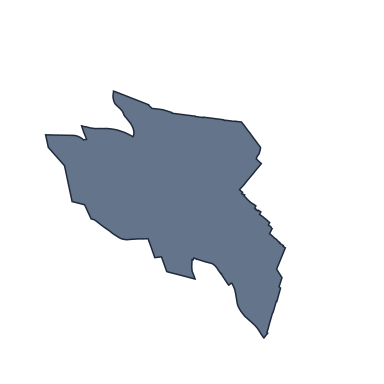 the district of Gouda, Zuid-Holland, Netherlands, rotated 40°
{"feature_id": "6326949B14111890142812", "entity_name": "Gouda", "entity_type": "district", "adm_level": 2, "iso_a3": "NLD", "parent_name": "Netherlands", "parent_adm1": "Zuid-Holland", "projection": "natural_earth1", "projection_center": [4.712, 52.018], "detail": "fine", "context": "isolated", "style": "filled", "palette": "slate", "viewbox_px": 384, "rotation_deg": 40, "n_neighbors": 0, "source": "geoboundaries", "source_scale": "gbopen_adm2", "svg_char_len": 5861}
<svg xmlns="http://www.w3.org/2000/svg" viewBox="0 0 384 384"><g transform="rotate(40 192 192)"><path d="M132.0,277.4L133.0,277.0L133.9,276.5L135.5,276.0L136.7,275.9L138.0,275.8L139.2,275.8L140.4,275.7L141.8,275.7L143.6,275.7L148.0,275.4L151.3,275.1L152.9,274.9L155.8,274.8L156.8,274.8L158.9,274.7L166.1,273.7L168.0,273.2L169.7,272.4L172.6,270.6L174.0,269.2L175.7,267.5L177.2,266.0L178.9,264.5L180.5,262.9L182.5,261.2L184.9,259.2L188.4,256.0L190.0,256.9L190.0,257.0L190.9,257.6L191.0,257.5L193.9,259.2L205.7,266.2L210.3,261.3L223.8,269.2L225.9,268.3L238.4,262.3L250.3,256.7L249.3,256.1L248.3,255.5L244.7,253.5L243.1,252.7L242.7,252.3L241.8,251.4L240.9,250.5L240.1,249.7L235.6,243.9L236.3,243.6L236.1,243.2L236.4,243.0L236.2,242.3L235.8,241.5L238.1,240.5L238.6,240.7L239.0,240.2L239.3,240.2L240.8,239.5L244.2,238.1L247.3,236.8L252.8,234.2L253.1,234.0L254.2,233.8L254.6,233.8L255.5,233.7L256.0,233.7L257.1,233.7L257.8,233.8L258.9,234.0L260.1,234.2L261.0,234.5L261.8,234.8L266.7,236.1L266.9,235.6L268.0,236.2L268.6,236.5L278.7,239.5L279.9,239.7L280.1,239.7L280.6,236.7L280.8,236.5L281.0,236.5L281.2,236.2L282.7,236.9L283.6,237.3L284.3,237.6L286.1,238.5L287.4,239.2L287.9,239.6L288.4,240.0L289.3,240.7L291.1,242.1L295.4,245.8L297.2,247.4L297.8,247.9L298.2,248.1L298.9,248.7L299.4,249.1L299.8,249.3L300.7,249.8L301.2,250.1L301.7,250.3L302.5,250.7L304.0,251.2L304.4,251.4L304.8,251.5L305.1,251.6L306.3,252.0L307.3,252.2L308.1,252.4L310.0,252.8L310.5,252.9L311.5,253.1L312.0,253.2L312.5,253.3L312.9,253.3L313.2,253.3L314.2,253.3L315.0,253.3L316.9,253.4L320.0,253.5L321.5,253.5L325.1,253.7L325.4,253.7L326.3,253.8L326.8,253.9L327.6,254.0L328.2,254.1L328.7,254.2L329.5,254.3L329.9,254.4L330.7,254.6L337.0,256.6L338.7,257.1L339.5,257.3L340.6,257.6L340.9,257.6L340.9,257.2L340.7,252.1L340.8,252.1L340.8,251.5L340.6,251.5L339.7,251.4L338.3,248.1L336.6,244.4L336.1,243.4L331.8,233.7L331.6,233.1L331.6,232.8L331.6,232.6L331.5,232.1L330.2,229.1L329.1,226.7L328.1,224.4L327.3,222.5L327.0,221.8L327.3,221.7L327.4,221.4L321.6,208.7L319.6,208.6L316.0,199.8L306.4,196.7L304.4,190.4L299.4,174.8L298.5,175.0L298.4,174.9L296.6,175.0L296.4,174.3L294.5,174.6L292.8,174.7L291.9,174.9L291.7,174.2L289.9,174.4L288.3,174.2L286.9,174.0L285.5,174.3L284.4,174.2L283.4,174.2L282.4,174.1L280.6,174.0L279.7,174.0L278.3,174.2L276.9,168.5L276.2,168.6L274.6,167.9L271.8,168.3L271.1,165.4L270.1,165.5L269.2,165.5L268.1,165.4L267.5,165.4L266.8,165.4L264.9,165.4L262.7,165.4L261.6,165.5L260.5,165.5L259.8,165.6L258.2,165.9L257.6,163.0L255.8,163.2L254.3,163.4L254.5,164.2L252.2,164.5L252.1,164.0L250.4,164.2L249.9,161.6L248.3,161.8L248.2,161.6L246.6,161.9L244.2,162.2L243.3,162.4L242.8,162.2L242.3,162.2L241.9,162.2L238.1,162.0L238.0,161.8L237.3,161.8L236.9,161.7L234.7,161.6L234.3,161.6L234.1,160.5L234.3,160.5L234.3,160.4L233.2,160.6L232.9,160.7L232.6,160.8L232.3,161.1L231.9,161.4L231.0,161.1L230.9,159.7L229.5,159.8L226.8,159.7L227.0,158.5L226.9,157.4L227.1,155.6L227.1,153.8L227.2,152.8L227.1,151.5L227.0,147.1L227.0,144.6L227.0,143.0L227.0,142.1L227.0,140.6L227.0,140.1L227.0,137.0L227.0,136.7L226.9,136.2L226.9,135.5L226.9,133.7L226.9,133.2L226.9,132.6L226.9,132.2L226.9,130.8L226.9,130.6L226.9,130.0L226.9,129.6L226.9,129.3L226.9,128.8L226.9,128.3L226.9,127.8L226.9,126.6L226.9,125.7L225.4,125.6L224.2,125.6L219.9,125.3L219.7,124.7L219.3,123.7L219.1,123.3L219.0,123.0L219.0,121.9L218.9,120.2L218.8,119.8L218.7,119.3L218.3,118.3L217.9,117.5L217.6,116.8L217.4,116.3L217.2,116.0L217.0,115.7L216.9,115.4L216.5,114.9L216.4,114.6L216.3,114.4L216.1,114.1L215.9,113.9L215.7,113.8L215.5,113.7L211.6,112.8L208.3,112.0L208.0,111.9L204.4,111.1L203.6,110.9L202.4,110.6L197.5,109.4L196.4,109.2L194.5,108.8L191.0,107.9L189.2,107.5L188.6,107.3L187.7,107.2L186.8,107.0L186.0,106.8L185.1,106.6L184.8,106.6L183.7,107.4L182.3,108.3L180.9,109.2L179.4,110.1L179.4,110.4L177.7,111.6L176.6,112.2L175.3,113.1L173.5,114.2L172.3,115.0L171.8,115.4L171.1,115.8L171.2,116.1L170.9,116.3L170.5,116.4L170.2,116.4L169.5,116.5L165.6,119.0L152.7,127.3L152.9,127.6L149.0,130.2L148.2,130.6L146.3,131.9L146.0,131.7L145.8,131.8L145.6,132.0L145.3,132.2L145.1,132.2L144.7,132.5L143.9,133.1L142.5,133.9L141.1,134.8L139.7,135.7L138.4,136.6L137.5,137.2L136.0,138.1L135.8,138.2L134.0,139.4L131.8,140.8L129.9,142.0L127.1,143.8L125.9,144.6L125.4,144.1L116.5,147.8L116.0,148.2L115.7,148.4L115.0,148.8L112.7,150.3L111.6,151.0L110.7,151.6L109.9,152.1L109.7,152.2L109.8,152.2L109.3,152.6L109.0,152.8L107.3,153.8L106.4,153.6L105.4,153.5L104.4,153.5L103.2,153.5L102.9,153.0L93.9,156.0L69.0,164.4L67.0,165.2L67.9,166.3L68.3,167.1L68.8,167.9L69.9,169.4L70.8,170.4L72.8,172.0L74.9,173.3L76.4,173.9L78.6,174.1L83.6,174.4L86.3,174.8L87.0,175.0L88.7,175.8L90.0,176.5L91.0,177.0L97.5,178.2L98.3,178.4L99.2,178.5L99.8,178.7L100.3,178.8L100.7,178.9L101.1,179.0L101.5,179.2L101.9,179.3L102.3,179.4L102.7,179.6L103.1,179.7L103.5,179.9L103.9,180.1L104.3,180.2L104.6,180.4L105.0,180.6L105.4,180.8L105.6,180.9L105.9,181.1L106.3,181.4L106.6,181.6L106.9,181.8L107.3,182.0L107.6,182.3L107.9,182.5L108.2,182.8L108.5,183.0L108.8,183.3L109.1,183.6L109.4,183.9L109.6,184.1L109.8,184.5L110.1,184.8L110.3,185.1L110.5,185.5L110.6,185.8L111.2,187.6L107.2,188.4L104.2,189.1L101.5,189.9L99.3,190.8L96.9,191.7L94.8,192.6L92.2,194.0L90.5,195.0L87.3,197.1L85.3,198.6L83.4,200.3L80.6,202.6L77.3,205.4L76.7,205.9L75.6,206.6L74.6,207.2L73.9,207.7L73.2,208.1L72.4,208.5L71.1,209.1L69.7,209.8L68.8,210.3L67.1,211.3L66.1,211.8L65.8,211.8L64.9,212.3L66.8,213.5L68.1,214.2L70.8,215.9L75.8,218.5L77.4,219.5L75.6,221.5L75.5,221.8L74.1,221.7L71.4,222.0L70.6,222.2L69.1,222.6L67.7,223.1L66.2,223.9L64.8,224.8L64.7,224.9L64.2,225.3L51.6,235.5L50.5,236.4L43.1,242.3L53.3,250.2L66.1,252.1L77.4,253.8L82.3,257.6L90.3,263.9L103.9,274.5L106.3,276.4L109.2,275.0L113.3,273.0L116.8,271.4L117.9,270.8L122.2,272.8L125.1,274.2L132.0,277.4Z" fill="#64748b" stroke="#1e293b" stroke-width="1.5"/></g></svg>